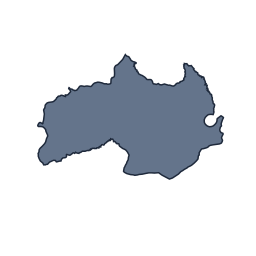 Senafe, Debub, Eritrea (orthographic projection), rotated 236°
{"feature_id": "51966322B59675289253253", "entity_name": "Senafe", "entity_type": "district", "adm_level": 2, "iso_a3": "ERI", "parent_name": "Eritrea", "parent_adm1": "Debub", "projection": "orthographic", "projection_center": [39.494, 14.702], "detail": "fine", "context": "isolated", "style": "filled", "palette": "slate", "viewbox_px": 256, "rotation_deg": 236, "n_neighbors": 0, "source": "geoboundaries", "source_scale": "gbopen_adm2", "svg_char_len": 5892}
<svg xmlns="http://www.w3.org/2000/svg" viewBox="0 0 256 256"><g transform="rotate(236 128 128)"><path d="M83.8,109.6L83.3,111.2L81.8,113.9L80.3,117.6L79.2,120.1L77.3,122.9L75.9,124.7L73.8,128.4L70.0,129.8L62.5,133.8L61.7,136.9L61.6,144.1L62.3,147.4L62.1,149.6L62.2,151.4L61.9,154.6L62.1,156.1L61.7,158.4L61.6,160.0L61.9,163.1L62.5,166.4L63.2,168.7L65.2,170.4L65.7,171.0L65.8,171.9L67.7,173.2L69.3,176.7L69.4,177.5L68.6,179.2L67.6,182.4L67.5,184.0L67.8,185.1L67.6,186.5L66.5,189.1L63.7,194.8L63.3,196.5L63.4,197.3L64.3,198.8L65.0,199.5L66.7,199.8L67.6,200.1L68.3,200.9L69.8,203.5L70.6,203.7L72.2,202.5L72.5,202.6L73.7,202.5L75.2,203.0L77.0,205.0L77.5,206.7L79.0,207.3L79.7,207.9L82.2,211.2L82.9,212.5L83.4,213.0L85.6,212.2L86.1,211.9L85.9,207.3L85.5,206.8L83.9,205.5L83.0,204.2L82.4,202.3L82.1,200.3L82.2,199.1L82.6,197.9L83.5,196.2L85.2,194.9L87.3,194.3L88.8,194.2L90.1,194.5L92.2,195.8L93.4,197.6L93.8,198.8L94.2,201.2L94.0,202.5L92.9,204.5L91.5,206.1L93.1,208.1L93.3,208.3L93.7,208.2L95.6,209.6L96.3,209.9L97.0,211.0L98.6,212.7L99.9,212.8L100.3,212.4L101.1,212.5L102.5,213.3L103.7,213.5L104.4,213.7L105.9,214.8L107.5,215.1L108.2,215.6L108.8,215.5L109.1,215.9L110.0,215.5L110.4,215.1L111.9,215.6L112.5,215.3L112.9,215.5L113.0,215.0L113.9,214.9L113.8,215.1L114.0,215.3L115.0,214.9L115.0,215.7L115.2,215.9L116.2,216.2L116.6,215.5L116.8,216.0L117.4,216.1L117.8,216.5L118.3,216.5L119.1,217.5L119.6,217.0L120.2,217.0L120.4,216.5L120.8,216.0L121.1,216.7L120.9,217.4L121.0,217.6L122.3,217.3L123.0,217.9L125.3,218.4L125.8,218.2L126.1,218.7L126.6,218.7L127.1,219.0L127.5,218.8L127.8,219.1L128.1,219.0L128.3,218.6L128.8,218.4L128.8,217.8L128.6,217.3L129.0,217.2L129.9,217.7L130.7,217.2L130.8,216.7L131.1,216.4L131.9,216.6L132.2,216.2L133.1,215.9L133.7,216.0L134.3,216.5L134.9,216.6L136.2,215.8L136.7,215.9L137.0,215.3L138.7,215.4L139.7,215.0L139.9,215.1L140.4,215.9L141.9,215.5L144.1,215.4L144.5,215.3L144.7,214.4L145.3,213.8L145.7,213.0L146.3,213.0L147.1,212.7L148.4,212.8L149.0,211.8L150.0,210.8L148.9,210.0L149.1,209.5L148.6,209.4L148.0,208.8L147.1,208.5L146.4,207.9L145.9,208.1L144.4,207.9L143.2,207.4L143.0,206.8L142.2,206.7L142.0,206.2L140.7,205.9L140.2,204.9L139.4,204.4L138.6,204.3L138.8,203.7L138.3,203.1L138.0,202.2L137.4,201.5L137.2,201.4L136.8,201.4L136.6,201.2L136.6,199.0L137.3,197.1L136.7,196.5L137.0,194.8L137.6,194.1L137.6,193.3L137.8,192.9L137.3,191.6L137.2,189.4L138.0,188.3L140.2,186.6L140.8,185.5L144.1,182.8L145.1,179.7L146.3,178.5L147.9,178.0L148.3,175.8L149.5,174.9L150.1,174.0L150.6,173.7L151.7,173.8L153.0,174.3L154.3,174.3L155.2,174.1L156.0,173.2L156.7,172.0L157.6,170.9L158.2,170.7L159.1,170.7L160.6,170.4L163.5,169.2L164.9,168.2L167.1,167.1L168.8,167.6L169.5,167.1L170.0,167.0L170.5,167.6L170.8,167.8L172.3,167.1L172.7,167.1L173.2,167.4L173.7,167.3L174.6,167.8L176.0,167.2L176.3,167.7L176.2,168.1L176.4,168.5L176.8,168.8L177.5,168.7L177.8,169.2L177.1,170.6L177.3,171.1L177.7,171.2L179.4,170.1L180.1,169.4L182.4,168.3L183.5,168.5L186.7,168.5L188.3,167.2L190.0,166.8L190.3,166.8L187.8,161.9L186.4,155.6L186.3,154.8L186.6,152.8L186.3,151.8L185.7,150.7L184.9,149.9L180.6,147.3L178.7,145.8L178.3,145.3L178.2,144.8L178.3,143.6L178.7,143.0L178.6,142.7L178.1,142.1L178.1,141.4L174.8,138.9L174.6,138.3L174.7,137.6L175.0,136.7L175.9,135.4L176.8,134.8L177.4,133.7L178.1,132.9L179.9,131.7L181.9,129.8L182.9,128.6L184.0,125.3L183.8,123.4L183.2,121.5L183.1,120.7L183.5,120.0L185.6,117.7L186.2,116.7L187.0,114.8L187.8,114.2L189.1,112.7L189.5,111.8L189.5,111.0L188.5,108.5L188.4,107.6L188.0,106.7L188.7,104.8L188.9,104.6L189.6,104.4L190.0,103.8L191.5,103.3L192.8,101.8L193.9,101.9L194.4,101.7L194.1,101.1L193.7,100.8L192.4,101.2L190.3,100.8L189.9,99.9L189.8,99.0L189.5,98.5L189.5,97.9L189.2,97.0L189.4,95.9L190.4,94.6L189.9,94.3L189.6,94.3L189.1,93.8L189.4,93.6L189.8,93.0L190.5,92.8L192.2,91.4L192.7,90.2L192.5,89.5L193.3,88.1L193.1,87.8L193.2,87.3L192.9,86.7L192.9,85.7L192.3,84.9L192.1,84.1L191.7,82.1L191.7,80.8L191.9,80.0L193.6,76.5L194.0,75.0L193.5,72.7L193.1,72.0L192.2,71.3L190.9,69.9L190.8,69.2L190.1,68.1L186.4,66.5L181.6,62.3L179.9,60.3L179.3,59.9L179.3,59.5L181.3,58.6L181.8,58.1L181.9,57.4L181.7,56.5L180.7,54.7L179.8,54.4L179.3,54.6L178.1,56.4L177.0,57.7L176.0,58.3L174.3,58.7L172.4,58.8L171.9,58.4L171.0,58.1L167.1,57.4L166.1,56.8L164.8,54.6L162.5,51.9L162.0,50.9L161.5,49.6L160.8,46.6L160.3,43.7L159.7,42.3L159.0,41.6L158.3,41.2L157.0,39.1L156.3,38.9L154.7,37.8L152.3,37.2L149.7,36.9L146.6,37.8L144.6,37.5L144.4,37.9L143.7,38.7L143.6,39.7L142.9,41.0L143.6,43.8L142.9,48.1L141.8,49.6L140.8,49.7L140.2,49.6L139.8,49.9L138.7,53.1L138.1,53.9L139.2,55.3L139.6,57.0L139.4,57.7L138.5,59.4L138.4,60.3L139.0,61.3L140.2,61.9L140.4,62.3L140.3,62.5L138.3,64.1L137.9,64.8L137.8,65.5L138.0,66.5L137.9,67.0L138.1,68.7L137.7,69.2L136.9,69.5L137.0,70.2L136.8,70.6L137.0,71.0L136.5,71.0L136.2,71.5L135.5,71.9L135.0,72.7L134.4,73.1L134.7,73.9L134.2,75.2L134.3,77.1L132.7,79.5L132.3,81.1L131.7,82.4L131.1,82.9L131.3,83.4L131.3,83.7L130.7,84.4L130.7,84.6L131.5,85.1L131.5,85.4L130.9,85.8L131.2,86.8L131.1,87.1L130.6,87.4L130.3,88.4L130.1,88.7L129.5,88.9L129.3,89.4L128.6,90.5L129.0,90.9L128.7,91.6L128.5,92.0L127.7,92.6L127.7,92.9L128.5,93.5L128.6,93.8L128.4,94.2L127.6,94.6L127.5,94.8L128.4,95.3L128.4,96.0L128.8,96.7L128.6,97.4L127.6,98.1L127.4,98.9L128.1,100.0L128.0,101.7L128.4,102.6L128.1,103.4L128.1,103.7L128.5,104.2L128.1,105.0L128.6,105.7L128.5,106.1L127.6,106.2L127.6,106.7L128.7,107.6L128.1,107.9L127.3,109.1L125.3,108.9L124.8,108.4L124.5,108.6L124.4,109.3L123.7,109.7L122.9,109.8L121.7,109.7L121.4,109.9L121.3,110.4L120.6,110.6L120.2,111.5L119.5,111.5L118.4,110.9L117.6,110.9L114.1,112.1L111.8,113.5L110.7,113.9L108.5,114.1L105.3,113.8L104.9,113.7L103.5,112.0L101.6,110.4L100.4,108.1L99.4,106.9L98.5,104.9L97.8,104.0L97.1,102.5L94.6,100.1L93.4,100.2L90.9,101.5L90.2,102.1L87.9,104.1L86.3,106.1L85.0,107.2L83.8,109.6Z" fill="#64748b" stroke="#1e293b" stroke-width="1.5"/></g></svg>